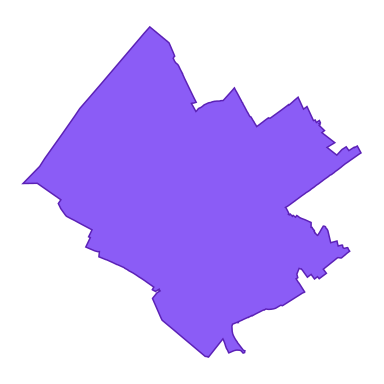 Westland, Zuid-Holland, Netherlands
{"feature_id": "6326949B68142534510044", "entity_name": "Westland", "entity_type": "district", "adm_level": 2, "iso_a3": "NLD", "parent_name": "Netherlands", "parent_adm1": "Zuid-Holland", "projection": "orthographic", "projection_center": [4.25, 52.001], "detail": "fine", "context": "isolated", "style": "filled", "palette": "violet", "viewbox_px": 384, "rotation_deg": 0, "n_neighbors": 0, "source": "geoboundaries", "source_scale": "gbopen_adm2", "svg_char_len": 5750}
<svg xmlns="http://www.w3.org/2000/svg" viewBox="0 0 384 384"><path d="M149.8,26.9L144.1,33.3L101.5,83.4L87.9,99.2L79.8,108.5L74.9,115.8L62.6,133.4L44.8,158.4L39.7,166.4L23.0,183.5L37.3,183.3L60.9,199.8L58.3,203.5L60.5,208.0L60.6,208.4L65.2,214.8L66.0,215.8L66.2,216.0L66.7,216.4L71.2,218.8L73.1,219.7L81.8,224.4L92.0,229.8L90.4,233.2L88.6,236.8L90.3,237.6L85.8,247.0L87.8,247.9L94.6,250.8L97.4,251.6L98.7,251.7L99.4,251.6L98.9,256.8L106.1,259.7L106.7,259.8L113.3,262.8L117.0,264.6L117.4,264.6L123.6,267.4L124.7,268.0L124.8,268.3L127.9,269.9L128.0,270.2L129.0,270.8L132.9,272.9L134.2,273.7L136.2,275.0L137.5,275.9L139.1,277.0L140.9,278.1L141.2,278.3L143.2,279.6L147.7,282.8L153.8,287.1L152.3,289.7L153.3,290.3L154.6,291.0L154.8,290.9L155.6,291.5L155.9,291.2L156.2,290.9L156.6,290.7L159.0,289.3L159.0,289.5L159.1,289.4L159.6,290.2L160.1,290.9L157.0,292.8L152.6,298.3L152.5,298.5L161.1,318.2L162.1,320.2L177.4,333.0L177.5,333.1L205.2,356.4L208.4,356.7L208.1,357.0L208.5,357.1L222.9,338.9L223.5,340.1L224.6,342.9L225.7,346.4L225.9,346.9L226.4,348.3L226.7,348.9L227.3,349.7L227.6,350.4L227.8,350.7L227.9,351.0L228.5,352.4L228.8,352.9L230.0,352.4L232.3,351.4L234.2,350.6L234.8,350.5L235.9,350.2L236.6,350.1L237.6,350.1L238.7,350.2L239.2,350.2L240.1,350.4L240.7,350.6L241.2,350.9L243.1,353.1L244.6,352.6L244.9,350.7L243.5,350.4L237.4,342.5L237.2,341.9L235.9,340.1L234.9,338.5L234.1,337.0L233.5,335.8L232.8,334.1L232.6,333.3L232.2,331.2L231.9,326.0L232.4,324.8L232.4,324.7L232.5,324.2L236.9,322.4L237.8,322.7L238.3,322.6L238.0,322.0L238.0,321.9L242.1,320.1L243.2,319.5L248.3,317.2L248.4,317.4L251.9,315.5L252.1,315.9L255.3,314.1L262.2,310.6L264.1,309.8L264.3,310.0L265.9,309.0L267.6,309.3L268.9,309.4L270.1,309.3L271.4,309.2L273.7,308.8L274.8,308.5L275.7,308.2L280.6,305.3L281.0,305.3L282.5,305.7L302.7,292.9L304.2,292.4L304.7,292.0L304.3,291.4L298.9,282.9L298.5,282.6L296.1,278.8L297.8,277.7L296.9,274.4L296.9,274.0L299.1,268.4L301.4,269.2L301.5,269.1L303.0,271.0L304.1,272.6L307.4,277.2L311.1,274.4L314.5,279.0L317.5,276.7L319.2,278.7L326.4,273.3L323.3,269.2L337.6,257.7L338.0,257.6L340.9,258.0L341.5,257.9L345.8,254.3L346.9,253.3L349.7,251.2L348.5,249.5L347.8,247.8L347.5,247.6L347.3,247.6L344.5,248.3L344.2,248.3L343.2,247.8L343.0,247.6L342.5,245.2L342.3,245.1L342.1,245.0L338.7,245.8L338.2,246.0L337.8,244.5L337.7,244.3L337.0,241.0L330.7,242.7L327.9,230.8L327.8,230.6L327.5,230.0L327.0,229.1L326.6,228.7L326.1,228.2L325.9,228.0L325.9,227.9L325.7,227.4L325.6,227.0L325.3,226.7L325.2,226.6L324.8,226.4L324.3,226.2L323.3,226.1L321.7,228.7L319.6,232.4L318.8,233.6L317.9,235.1L317.5,235.4L317.0,235.0L316.2,234.2L315.6,233.5L315.5,233.4L315.3,233.2L315.2,233.2L314.8,232.9L314.7,232.7L314.9,232.3L314.1,231.3L314.4,230.7L313.8,229.9L313.7,229.9L313.1,229.0L312.8,229.0L312.1,227.4L311.1,227.4L311.1,226.5L311.1,222.5L305.6,220.0L305.4,219.9L304.9,219.7L302.8,218.9L302.0,218.6L301.2,218.3L300.5,217.9L300.2,217.9L299.7,217.6L298.3,216.5L296.8,215.5L295.5,217.2L293.1,215.4L292.4,216.3L290.3,214.1L289.4,214.9L288.3,214.3L288.3,214.2L288.9,213.6L288.3,212.3L287.1,209.9L285.9,207.7L285.5,207.4L286.5,206.8L287.4,206.4L287.9,206.0L289.5,204.9L301.9,195.7L305.3,193.3L306.3,192.5L306.9,192.2L308.0,191.5L308.5,191.2L310.2,190.0L310.9,189.4L311.3,189.0L311.9,188.6L312.2,188.4L312.6,188.1L313.1,187.8L313.7,187.4L316.8,184.9L317.2,184.7L317.8,184.3L318.4,183.9L319.6,183.0L323.9,179.7L328.7,176.3L329.4,175.7L329.7,175.3L330.0,175.2L331.0,174.8L331.3,174.6L332.1,174.1L332.8,173.5L334.0,172.7L335.3,171.5L336.9,170.4L339.7,168.3L341.1,167.2L342.6,165.9L345.4,163.7L348.4,161.7L350.0,160.5L352.2,159.0L353.3,158.2L353.9,157.8L359.0,154.2L361.0,152.9L357.3,146.0L354.5,147.6L354.2,147.2L348.9,150.6L346.2,146.8L342.0,149.5L336.8,155.1L327.4,147.7L327.0,147.4L334.8,142.7L322.3,133.0L321.9,132.7L323.9,131.0L324.5,130.6L320.5,126.7L319.2,125.5L320.0,124.7L319.6,124.2L319.0,123.7L320.4,123.1L320.4,122.7L319.9,121.7L319.4,120.5L318.1,121.3L317.1,122.0L316.7,122.3L316.4,122.5L315.2,120.0L313.5,120.6L313.4,120.5L311.9,117.2L310.0,113.1L307.3,107.2L307.2,107.3L306.9,106.6L306.2,107.2L303.5,109.1L302.2,106.3L299.9,101.2L298.7,98.6L298.1,97.2L294.3,100.4L292.9,101.7L289.7,104.5L289.2,104.9L289.2,104.7L288.7,104.5L287.6,105.4L281.6,109.9L278.2,112.4L274.6,115.0L270.2,118.2L269.7,118.1L269.1,118.1L268.5,118.2L268.3,117.9L266.5,119.2L265.8,119.7L263.3,121.6L263.1,121.8L260.8,123.5L260.6,123.7L258.6,125.2L256.7,126.6L256.5,126.3L256.1,125.4L255.5,124.5L254.6,123.1L254.0,121.9L252.7,119.9L252.0,118.6L251.7,118.2L251.3,117.4L251.1,117.1L250.9,116.9L250.5,116.8L250.4,116.8L250.1,116.7L249.8,116.3L249.1,115.2L247.8,112.7L247.1,111.7L246.3,110.1L245.4,108.4L245.2,108.1L244.7,107.0L244.1,106.0L242.9,103.8L242.8,103.3L242.7,103.1L242.6,102.9L242.2,102.5L241.6,101.5L241.5,101.1L241.1,100.3L240.6,99.5L237.8,94.2L237.2,93.1L236.4,91.6L235.7,90.5L235.1,89.4L234.7,88.6L234.7,88.4L234.4,87.9L233.7,88.7L232.8,89.8L223.2,100.5L222.0,100.6L221.5,100.6L221.1,100.6L220.4,100.8L219.7,101.0L218.5,101.1L216.8,101.1L215.7,101.2L214.9,101.3L214.5,101.3L214.0,101.4L212.0,101.9L211.1,102.3L210.6,102.5L209.1,102.7L208.7,102.8L207.7,103.2L207.4,103.3L206.9,103.6L205.8,104.1L204.9,104.5L204.2,104.9L203.9,105.0L203.5,105.5L202.9,105.9L202.5,106.3L201.4,107.1L200.7,107.5L200.4,107.7L199.6,108.0L198.5,108.5L198.1,109.0L197.4,109.9L196.7,110.8L195.9,111.5L193.0,106.2L191.8,104.2L191.4,103.4L192.1,103.2L192.6,103.1L193.4,103.1L193.8,103.0L194.2,102.9L196.2,102.3L193.5,97.0L184.4,78.2L183.8,76.8L182.2,73.2L182.3,73.2L180.3,69.4L179.5,67.7L178.9,66.4L178.2,65.1L177.6,64.4L176.7,63.6L175.6,62.7L174.5,61.0L174.4,60.9L173.9,59.6L173.2,58.4L174.0,56.8L174.7,56.2L173.2,52.5L171.4,48.3L169.9,44.8L169.0,42.8L149.8,26.9Z" fill="#8b5cf6" stroke="#5b21b6" stroke-width="1.5"/></svg>